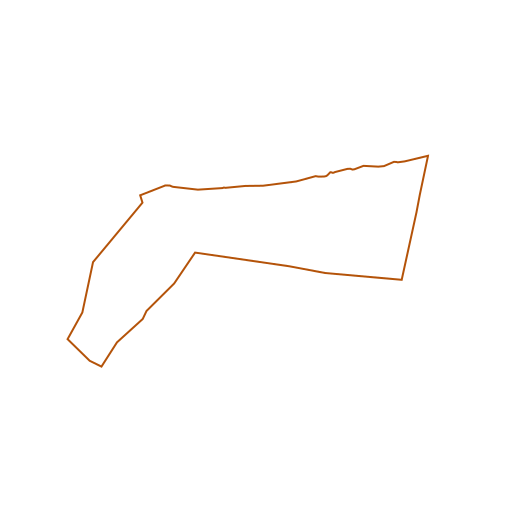 SVG path tracing the border of Shabeellaha Hoose, rotated 219°
{"feature_id": "SOM-2316", "entity_name": "Shabeellaha Hoose", "entity_type": "Region", "adm_level": 1, "iso_a3": "SOM", "parent_name": "Somalia", "parent_adm1": "", "projection": "equal_earth", "projection_center": [44.342, 1.971], "detail": "fine", "context": "isolated", "style": "outline", "palette": "amber", "viewbox_px": 512, "rotation_deg": 219, "n_neighbors": 0, "source": "natural_earth", "source_scale": "10m", "svg_char_len": 823}
<svg xmlns="http://www.w3.org/2000/svg" viewBox="0 0 512 512"><g transform="rotate(219 256 256)"><path d="M371.0,253.6L367.4,256.5L365.1,257.1L363.9,257.6L342.9,271.0L324.8,287.7L324.0,289.0L322.7,289.7L308.3,303.8L294.8,315.0L271.7,339.2L259.9,355.6L257.4,357.0L253.1,360.6L251.8,362.2L251.4,363.4L251.2,364.9L251.0,367.7L250.6,368.2L248.6,369.0L248.1,369.6L247.4,371.0L239.8,381.2L237.7,383.1L235.4,383.9L234.1,385.3L229.2,393.7L217.2,402.4L213.1,406.4L208.1,415.9L206.3,417.3L204.8,418.0L200.0,423.1L185.4,442.1L185.1,441.6L167.2,406.6L158.7,390.8L127.8,329.2L164.0,304.8L191.7,286.2L223.6,269.0L305.5,220.3L302.3,183.1L306.5,144.4L304.4,135.8L309.7,101.4L306.5,72.8L319.3,69.9L350.1,72.8L355.4,102.8L378.8,148.7L377.8,226.0L384.2,230.3L371.0,253.5L371.0,253.6Z" fill="none" stroke="#b45309" stroke-width="2"/></g></svg>